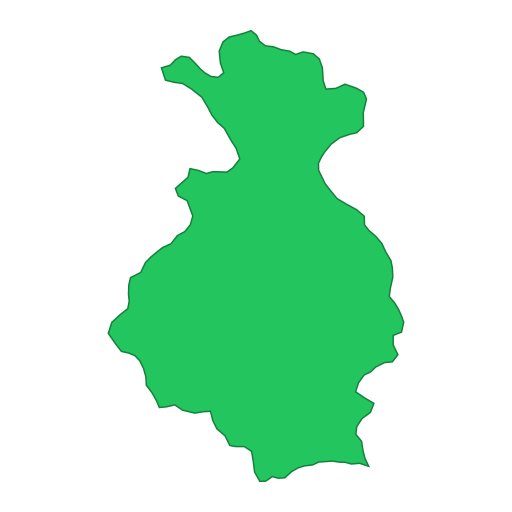 Careaçu, Minas Gerais, Brazil (Robinson projection)
{"feature_id": "56859067B66204564146024", "entity_name": "Careaçu", "entity_type": "district", "adm_level": 2, "iso_a3": "BRA", "parent_name": "Brazil", "parent_adm1": "Minas Gerais", "projection": "robinson", "projection_center": [-45.665, -22.072], "detail": "fine", "context": "isolated", "style": "filled", "palette": "green", "viewbox_px": 512, "rotation_deg": 0, "n_neighbors": 0, "source": "geoboundaries", "source_scale": "gbopen_adm2", "svg_char_len": 2143}
<svg xmlns="http://www.w3.org/2000/svg" viewBox="0 0 512 512"><path d="M363.5,126.3L363.3,112.5L366.5,99.1L363.6,92.3L356.9,88.4L345.0,84.2L335.7,88.4L325.9,89.1L323.2,80.9L322.4,67.8L319.3,59.0L313.4,53.8L303.1,51.9L295.7,54.5L289.7,51.2L281.2,49.7L273.2,46.7L265.5,45.9L259.4,41.2L256.5,35.1L251.1,30.7L244.0,33.2L236.9,35.2L229.2,37.0L223.0,41.9L219.2,51.2L220.4,63.0L223.7,72.8L218.2,77.3L210.8,76.4L204.7,72.8L200.0,68.6L195.7,63.8L189.3,57.4L181.2,56.2L175.5,59.7L170.3,65.2L161.4,67.8L165.5,80.2L174.2,82.3L182.6,83.5L191.5,89.0L201.9,97.3L207.6,106.8L211.9,115.1L217.7,122.6L224.3,128.4L230.8,140.0L236.3,148.6L239.8,159.0L232.7,168.0L226.9,172.1L213.0,171.6L206.4,173.5L198.6,170.5L190.0,168.6L188.0,177.3L175.4,188.4L178.3,196.1L187.1,200.6L192.8,216.0L190.3,224.8L184.8,231.6L177.4,235.6L170.9,243.8L162.5,247.6L156.8,252.1L151.0,256.9L145.5,262.5L140.7,272.5L130.5,277.6L128.8,285.1L128.5,294.1L129.2,301.1L127.8,308.6L119.9,314.9L111.8,322.4L108.3,333.4L115.4,343.6L121.4,351.4L128.8,353.1L135.0,355.7L139.7,360.7L143.4,368.1L145.9,376.8L146.3,385.2L152.0,392.7L156.3,400.4L159.4,407.5L166.6,406.8L174.8,404.9L182.6,410.2L194.9,413.1L203.4,411.7L210.5,411.3L212.8,420.5L216.9,428.8L225.1,435.9L229.8,445.5L236.0,446.6L244.4,446.6L251.6,451.4L253.2,460.8L254.6,472.0L259.8,481.3L265.8,481.1L272.3,476.6L278.4,478.2L284.8,477.8L291.6,471.6L298.2,467.8L304.4,465.9L312.7,464.9L318.6,462.1L324.9,461.6L332.4,461.1L339.2,462.1L345.3,462.3L351.3,464.0L359.7,463.3L368.7,466.3L364.9,458.2L363.0,450.7L361.6,441.4L355.8,434.3L356.8,426.5L362.2,418.4L370.4,412.4L373.9,403.4L365.1,398.2L355.6,391.8L358.4,383.0L364.2,374.9L370.3,372.1L375.8,367.0L384.5,362.6L392.4,361.8L397.9,354.7L393.2,345.0L393.2,335.4L401.5,332.1L403.7,322.0L401.2,315.3L398.3,308.9L394.7,303.0L389.3,296.6L390.3,288.5L392.8,277.3L392.4,268.0L390.9,260.5L385.8,252.1L381.9,243.5L375.8,236.4L368.8,230.3L364.5,224.8L364.3,216.3L356.9,209.9L346.2,204.0L337.2,198.7L330.2,190.2L325.0,183.5L322.0,177.3L318.6,170.2L318.5,163.1L321.4,157.1L325.0,151.6L331.1,144.2L339.8,137.7L349.5,134.4L356.9,132.6L363.5,126.3Z" fill="#22c55e" stroke="#15803d" stroke-width="1.5"/></svg>